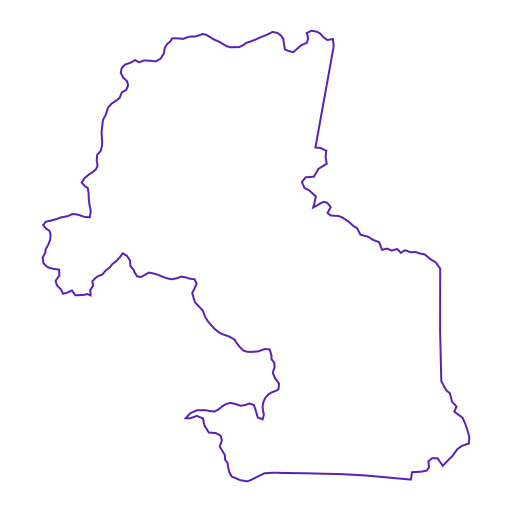 Mantena, Minas Gerais, Brazil (Robinson projection)
{"feature_id": "56859067B95607372765312", "entity_name": "Mantena", "entity_type": "district", "adm_level": 2, "iso_a3": "BRA", "parent_name": "Brazil", "parent_adm1": "Minas Gerais", "projection": "robinson", "projection_center": [-41.115, -18.682], "detail": "fine", "context": "isolated", "style": "outline", "palette": "violet", "viewbox_px": 512, "rotation_deg": 0, "n_neighbors": 0, "source": "geoboundaries", "source_scale": "gbopen_adm2", "svg_char_len": 3715}
<svg xmlns="http://www.w3.org/2000/svg" viewBox="0 0 512 512"><path d="M119.9,257.2L122.7,253.3L127.0,255.9L130.0,260.5L130.4,266.1L133.3,269.4L135.0,273.1L137.1,276.3L141.0,277.1L144.8,274.9L148.9,272.6L153.9,273.6L157.6,274.7L161.7,276.4L166.3,278.1L171.5,279.3L176.9,278.2L181.5,276.6L185.5,277.3L189.5,278.6L194.6,279.3L196.6,283.7L194.6,288.3L192.2,293.0L193.5,297.6L195.1,302.5L198.9,306.4L202.8,310.7L204.9,316.3L207.7,321.0L211.0,325.0L214.9,329.2L218.7,332.2L223.3,334.5L229.1,336.5L234.4,339.4L237.0,343.5L239.6,346.9L243.5,350.6L247.3,351.8L251.9,351.9L258.3,351.4L264.8,349.0L269.7,349.4L271.4,355.2L271.6,359.4L274.3,362.7L274.6,366.9L272.8,372.9L275.2,378.6L279.1,383.7L278.4,389.4L274.9,391.2L271.4,392.5L268.2,394.5L265.4,397.8L263.6,401.3L262.6,406.0L263.0,410.6L263.9,414.6L262.7,419.3L257.8,417.6L255.6,410.0L253.8,404.9L249.4,403.5L245.6,404.9L240.8,405.8L236.0,404.2L230.8,402.9L226.6,403.8L222.7,406.0L218.9,409.1L214.7,411.5L210.0,411.1L205.6,410.2L202.0,410.2L197.0,410.2L190.2,413.3L185.7,418.2L190.3,418.3L196.8,415.9L203.0,418.5L204.4,425.4L208.8,432.5L215.8,433.1L220.6,435.6L221.9,440.2L219.8,446.6L224.8,455.0L225.1,459.8L227.5,462.7L228.1,466.9L229.3,472.0L231.6,476.5L240.6,480.3L247.5,481.3L251.1,479.9L264.3,473.3L274.5,472.7L280.8,472.9L306.8,473.3L326.9,473.8L335.7,474.0L343.3,474.2L366.1,475.5L410.8,479.6L412.1,472.2L420.9,471.7L426.8,470.6L429.0,467.3L428.4,461.3L432.2,458.2L437.6,458.3L442.8,465.8L449.3,459.0L452.2,456.3L457.3,449.2L461.8,445.9L468.9,443.5L469.3,437.3L467.7,430.9L465.4,424.1L462.5,417.7L454.3,411.7L456.5,406.5L452.0,401.6L449.9,393.2L446.2,390.3L441.3,381.1L440.1,330.7L440.2,268.7L435.9,262.5L430.4,259.2L424.6,254.3L420.5,253.7L415.6,252.1L410.4,252.2L405.0,250.2L400.8,252.8L397.1,249.0L391.7,250.6L387.3,248.6L382.0,249.8L379.2,242.2L373.4,240.0L368.0,236.7L360.5,234.7L357.0,228.1L353.2,225.9L349.3,222.2L342.1,217.3L338.4,216.0L330.6,215.5L327.5,212.9L330.7,207.1L327.1,202.7L323.3,201.9L313.2,207.5L314.4,203.3L315.8,196.4L309.0,190.2L304.5,187.9L301.9,182.0L305.6,177.3L313.9,176.7L318.5,168.8L326.7,163.8L325.6,157.0L326.3,150.8L320.3,147.9L315.4,147.5L317.1,138.2L329.8,67.9L333.7,46.2L332.9,39.0L327.5,40.0L323.5,37.3L320.3,33.6L317.1,31.8L311.5,30.7L306.8,33.0L308.2,38.3L306.8,42.8L301.1,45.3L296.8,49.1L293.1,52.2L289.7,51.3L285.1,49.6L283.9,44.0L283.4,39.0L281.1,35.6L277.6,33.0L272.6,31.9L268.8,33.9L264.4,35.8L260.5,37.3L255.4,39.6L250.3,41.6L246.5,42.8L243.1,45.2L239.1,47.1L235.2,47.1L230.6,47.3L226.7,46.2L222.4,43.6L218.9,41.6L214.1,39.6L209.9,37.0L206.4,34.9L202.8,33.9L198.6,35.5L194.7,36.5L190.5,36.5L187.1,37.4L183.0,38.9L177.3,38.3L172.3,38.3L170.2,41.6L167.1,44.0L164.6,48.2L164.0,53.3L160.5,58.8L155.6,61.4L150.6,60.8L144.1,60.4L139.1,62.3L135.2,60.1L130.6,62.7L125.2,64.5L121.8,67.9L120.7,72.9L123.5,78.0L127.2,81.3L128.1,85.5L126.2,89.9L121.8,92.4L119.5,98.1L114.8,101.6L111.6,103.6L108.0,107.8L105.9,114.4L102.9,120.2L102.2,126.6L101.5,132.1L101.8,136.8L102.2,141.6L102.0,146.0L100.7,150.8L97.2,154.8L96.7,160.8L97.6,165.8L95.7,169.6L92.4,172.2L88.7,174.7L84.4,178.2L81.7,182.6L84.8,186.1L87.8,188.1L88.6,193.3L88.8,199.8L89.7,206.0L90.8,211.1L89.7,217.3L84.8,217.0L80.5,215.5L75.7,214.2L72.1,214.2L67.5,216.2L61.4,217.3L56.4,219.1L51.0,220.6L46.1,221.6L43.1,225.0L46.0,228.5L49.4,230.8L50.6,234.5L50.2,239.5L48.5,244.2L45.8,249.0L45.2,253.0L42.7,257.4L43.4,263.2L46.7,266.5L50.0,268.1L53.7,268.9L59.1,269.6L59.4,275.5L55.6,280.8L56.9,285.3L60.9,289.4L63.1,293.8L67.5,292.5L71.9,290.5L75.3,295.2L79.0,295.2L83.5,294.9L87.3,294.1L90.6,295.4L90.3,289.9L93.0,285.9L92.4,281.3L95.3,278.1L98.3,276.0L102.2,274.7L105.7,270.5L110.1,267.1L112.4,264.0L116.3,261.2L119.9,257.2Z" fill="none" stroke="#5b21b6" stroke-width="2"/></svg>